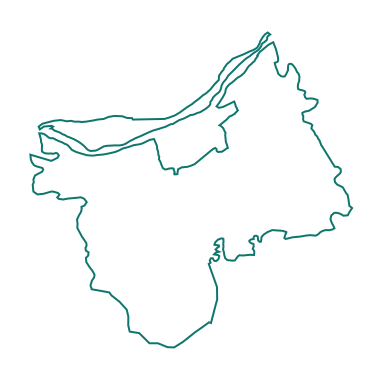 outline of Markz Al Minya, Al Minya, Egypt, rotated 266°
{"feature_id": "37247803B71676379887746", "entity_name": "Markz Al Minya", "entity_type": "district", "adm_level": 2, "iso_a3": "EGY", "parent_name": "Egypt", "parent_adm1": "Al Minya", "projection": "equal_earth", "projection_center": [30.728, 28.101], "detail": "fine", "context": "isolated", "style": "outline", "palette": "teal", "viewbox_px": 384, "rotation_deg": 266, "n_neighbors": 0, "source": "geoboundaries", "source_scale": "gbopen_adm2", "svg_char_len": 6022}
<svg xmlns="http://www.w3.org/2000/svg" viewBox="0 0 384 384"><g transform="rotate(266 192 192)"><path d="M247.5,157.8L247.0,153.6L244.0,146.2L243.3,143.3L242.8,137.2L241.3,131.7L240.2,125.8L238.5,122.0L237.2,117.8L236.2,111.3L235.6,106.4L235.5,100.5L235.2,95.4L236.0,89.9L237.9,84.6L240.1,79.0L242.5,75.0L246.0,72.5L247.9,70.7L249.3,67.8L250.6,66.0L252.0,62.8L253.8,59.6L255.4,57.1L255.4,55.2L256.3,52.8L258.6,50.5L260.2,48.3L260.9,46.3L261.2,43.7L255.3,44.9L252.3,45.0L249.7,45.7L244.9,45.2L242.8,45.2L241.8,46.5L240.8,48.4L240.3,51.6L240.3,54.1L239.8,56.0L240.4,59.1L239.9,60.4L237.8,61.7L235.7,60.5L234.0,56.8L232.9,53.7L240.5,33.4L235.7,33.5L233.6,34.2L233.1,34.2L229.9,36.2L229.4,36.8L228.4,38.7L226.4,44.4L224.8,45.1L222.7,43.9L219.4,36.5L215.7,34.7L212.5,34.8L210.4,33.6L203.5,33.8L200.4,37.6L200.5,43.3L202.3,52.0L201.8,54.5L200.3,58.3L198.7,59.6L197.1,58.4L196.0,57.2L194.5,58.5L193.5,62.9L194.1,67.9L194.3,77.3L194.5,80.5L193.4,83.0L192.3,84.3L189.2,86.3L186.0,83.8L184.9,80.7L183.3,80.8L180.6,80.2L178.5,79.0L176.9,77.8L172.6,75.4L168.4,75.6L164.1,75.1L155.2,79.1L148.5,83.0L145.8,83.1L143.7,81.9L141.0,82.0L139.0,84.6L135.8,84.0L133.6,81.6L129.4,81.7L124.7,84.3L119.5,87.6L116.3,89.0L113.7,88.4L110.5,86.0L106.2,84.3L105.2,84.3L103.1,85.0L102.0,85.1L97.6,102.5L94.5,104.4L87.6,112.0L79.1,118.7L72.0,119.8L63.4,119.1L57.1,120.1L54.9,129.5L44.1,139.0L43.5,147.4L38.9,156.8L38.2,163.3L43.1,172.5L51.9,185.3L56.8,193.5L60.8,199.9L60.0,201.8L78.2,207.9L82.9,209.6L95.5,210.3L119.1,203.7L120.2,205.6L122.3,204.9L124.5,206.1L124.5,208.0L121.9,209.3L121.4,211.2L123.0,213.6L126.2,214.8L127.3,213.5L128.2,209.7L129.9,211.6L130.5,214.7L131.5,212.8L133.0,211.5L134.6,213.3L135.7,215.2L136.8,215.1L137.8,210.7L139.4,211.3L140.4,211.9L142.6,214.5L143.7,218.1L143.2,220.0L140.6,220.0L137.4,219.5L135.3,219.6L132.6,219.0L129.0,219.7L126.9,219.8L123.7,220.5L121.6,222.5L120.7,227.5L120.7,230.0L124.5,233.1L125.6,234.9L125.1,238.1L125.3,245.6L124.8,249.4L126.9,249.9L129.0,249.9L131.1,248.6L133.3,249.7L135.9,249.7L136.9,247.1L138.5,245.8L139.5,245.8L140.6,247.7L140.7,250.2L141.7,250.1L143.3,250.7L143.9,251.9L143.9,253.2L142.9,254.5L139.2,254.6L137.6,255.9L137.6,257.2L139.2,257.7L142.4,258.3L144.6,260.7L146.7,264.4L148.4,269.4L147.0,279.5L145.5,283.3L145.0,283.3L142.9,282.1L139.7,280.9L138.6,282.2L139.8,289.1L140.0,297.3L140.6,302.9L140.7,307.3L139.8,312.3L140.9,314.8L143.0,317.3L144.1,319.7L144.7,322.9L144.3,326.0L144.9,329.8L145.9,331.6L149.6,330.2L150.7,329.5L155.0,328.3L155.6,328.3L159.2,329.5L159.7,330.5L161.1,332.1L161.3,334.3L160.4,337.4L159.0,339.8L157.8,341.4L157.9,345.8L161.0,347.6L164.8,350.6L167.3,348.0L173.7,347.6L178.4,347.0L179.8,345.8L186.0,342.8L186.8,341.7L189.3,337.3L191.9,335.3L195.2,335.1L197.0,336.8L200.1,340.8L201.6,341.9L204.7,341.8L206.8,339.3L207.3,336.1L228.4,325.0L229.7,324.2L234.4,322.8L236.5,321.5L238.6,320.8L240.7,318.9L243.3,318.2L247.0,315.5L248.9,316.1L250.2,316.7L251.7,315.4L254.7,308.4L256.3,307.9L260.0,308.3L261.6,307.6L263.2,307.6L264.3,310.0L264.9,314.4L268.2,320.6L272.4,323.6L275.1,323.5L276.6,319.7L277.1,316.6L277.0,312.8L278.6,311.5L281.2,310.8L282.2,311.4L283.8,312.0L284.9,311.3L285.9,308.8L286.4,306.9L287.4,305.0L290.0,304.9L292.7,305.5L295.3,306.7L299.6,307.2L302.7,306.5L304.3,305.2L308.0,303.8L311.1,301.8L312.6,300.5L313.1,298.6L312.6,297.4L311.5,296.8L308.3,296.3L306.8,296.3L303.6,294.5L300.9,292.7L300.8,290.8L301.3,288.9L303.9,286.3L307.1,285.6L310.8,284.3L315.0,283.5L315.5,284.8L315.5,285.4L316.1,286.6L317.5,287.2L320.8,287.1L328.7,285.7L335.7,283.5L333.5,278.5L326.7,269.1L323.6,266.7L323.2,267.1L319.4,264.1L318.0,263.3L317.1,261.8L315.4,260.0L314.0,257.9L312.0,256.0L309.6,254.4L307.1,252.3L304.5,248.8L302.7,245.2L298.7,240.0L296.7,236.7L294.5,234.4L292.3,232.9L288.6,232.0L284.3,229.3L279.4,225.6L275.7,222.5L274.1,224.6L274.7,228.9L279.3,240.4L276.0,241.4L274.9,241.5L273.3,242.1L272.3,242.8L271.2,242.8L270.2,243.5L267.5,240.4L267.2,240.4L265.3,236.7L264.8,234.8L261.5,231.2L256.6,224.1L256.0,225.3L253.5,227.6L249.8,229.0L248.8,229.6L246.7,229.1L239.3,229.3L237.2,230.0L233.4,230.8L232.9,229.4L230.2,225.1L230.1,220.7L231.2,219.5L233.3,219.4L234.3,218.1L233.2,215.6L219.6,196.6L218.5,193.5L217.4,189.1L217.3,183.5L215.6,179.7L210.8,178.6L210.8,175.8L211.3,175.5L212.9,176.1L215.0,175.4L216.6,175.3L217.1,173.4L217.0,170.9L216.4,168.4L216.4,166.6L217.9,164.6L221.6,163.3L224.3,162.6L226.9,161.3L229.5,161.8L231.1,161.1L234.8,161.0L236.9,160.3L240.6,160.2L247.5,157.8ZM345.8,278.6L344.2,275.9L342.4,274.1L338.0,270.8L336.0,270.0L333.5,268.5L331.4,267.0L329.3,263.0L328.2,259.3L326.0,253.7L322.1,241.9L319.9,239.5L317.2,235.8L313.2,232.5L311.8,232.0L310.1,230.2L306.2,227.1L301.9,226.5L297.7,221.8L292.9,217.4L289.3,212.7L287.7,209.6L284.4,205.3L281.7,201.0L279.5,197.9L277.3,193.6L271.9,184.9L269.7,180.6L268.0,175.0L266.8,169.8L268.4,138.0L269.9,137.3L270.4,132.3L272.4,127.8L273.3,119.6L272.7,114.0L271.0,108.9L270.9,103.4L270.3,99.0L269.6,91.5L269.5,87.1L270.0,84.6L270.4,79.6L271.4,76.4L271.3,71.9L272.9,66.3L272.7,59.2L271.3,51.5L270.5,47.5L267.9,43.6L265.0,44.6L267.6,48.7L267.8,56.5L267.6,56.9L266.9,58.0L265.2,55.5L264.9,57.0L263.0,58.9L260.4,64.6L258.7,66.8L257.6,69.3L256.1,71.2L254.9,74.0L252.9,77.9L250.4,81.8L248.3,84.5L245.4,87.6L242.9,89.6L241.1,91.3L240.0,93.7L240.0,98.7L240.6,100.7L243.5,106.8L244.0,109.6L243.9,118.2L243.5,123.1L243.8,126.0L244.7,129.0L247.1,133.6L249.6,139.4L251.4,144.8L254.3,152.4L255.9,157.0L256.8,160.9L257.3,163.5L258.3,167.3L258.8,169.8L261.0,175.1L261.2,177.7L264.6,184.2L265.8,188.8L267.5,192.9L268.9,195.9L268.9,198.2L269.7,200.8L270.6,203.3L271.0,205.6L274.1,211.6L275.8,214.0L277.1,215.5L278.4,216.4L280.5,216.6L283.0,218.7L284.7,219.5L286.9,221.9L289.9,226.2L292.3,227.8L296.3,229.0L299.1,230.8L302.2,233.9L305.5,236.2L308.9,240.2L315.8,248.0L318.0,250.9L320.5,254.0L321.5,255.5L323.6,259.3L326.0,262.6L329.2,268.3L332.5,271.1L334.3,271.7L335.4,272.7L336.6,274.8L338.6,277.4L339.6,277.7L340.7,277.7L342.0,278.4L343.7,281.0L345.8,278.6Z" fill="none" stroke="#0f766e" stroke-width="2"/></g></svg>